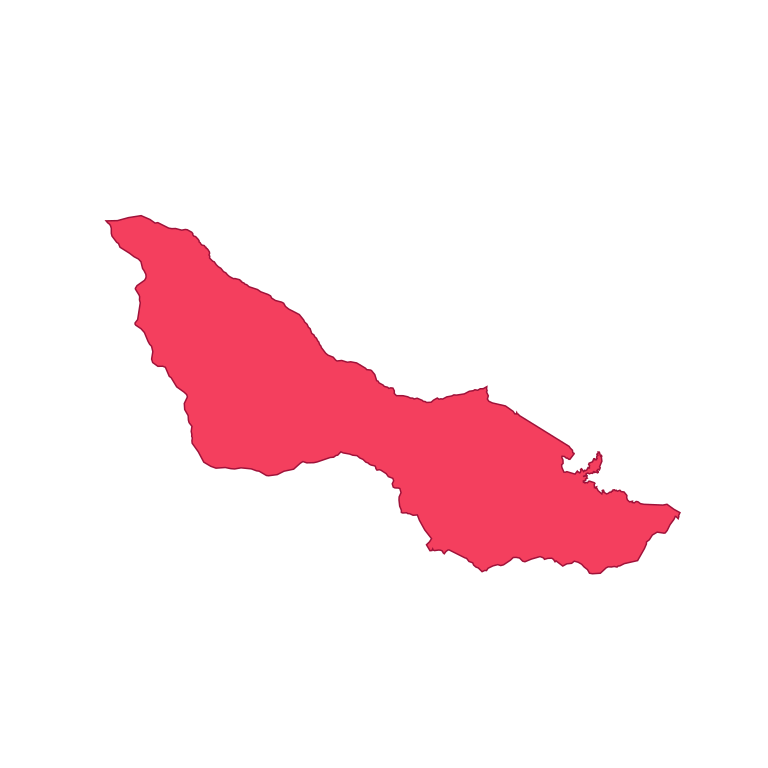 Secaria, Prahova, Romania, rotated 331°
{"feature_id": "2599482B18206693786846", "entity_name": "Secaria", "entity_type": "district", "adm_level": 2, "iso_a3": "ROU", "parent_name": "Romania", "parent_adm1": "Prahova", "projection": "robinson", "projection_center": [25.677, 45.313], "detail": "fine", "context": "isolated", "style": "filled", "palette": "rose", "viewbox_px": 768, "rotation_deg": 331, "n_neighbors": 0, "source": "geoboundaries", "source_scale": "gbopen_adm2", "svg_char_len": 6171}
<svg xmlns="http://www.w3.org/2000/svg" viewBox="0 0 768 768"><g transform="rotate(331 384 384)"><path d="M576.0,644.4L577.6,642.9L577.8,642.0L580.5,640.0L576.8,634.1L573.2,626.4L569.2,625.1L553.1,615.3L550.3,613.0L549.0,610.1L547.6,609.0L545.3,609.3L543.7,608.0L544.5,607.0L541.6,606.1L540.7,603.4L541.1,601.2L542.4,599.2L541.6,594.8L539.3,593.1L538.8,591.3L536.1,590.9L535.5,589.4L534.5,589.4L534.2,588.2L532.8,587.7L531.9,588.6L530.8,588.1L530.1,588.8L528.8,588.0L527.2,588.4L525.3,588.0L524.1,585.6L524.5,583.3L524.1,583.0L523.2,583.0L522.7,584.9L521.8,585.0L521.2,585.7L519.5,581.0L519.6,578.3L518.8,577.8L519.9,577.0L517.9,576.6L519.1,573.9L520.3,573.1L520.0,572.2L516.8,568.7L515.8,568.3L514.1,569.1L512.6,567.8L511.8,568.1L511.6,566.9L510.8,566.7L511.3,565.5L513.8,565.9L514.3,564.8L516.1,564.9L515.9,564.3L517.1,562.7L513.2,561.4L516.1,561.7L517.1,561.2L517.4,560.4L519.1,560.7L520.0,562.1L522.0,562.4L522.9,563.2L523.8,562.9L524.9,563.3L524.6,562.4L525.1,562.3L525.8,563.5L526.9,563.9L527.3,564.7L527.8,564.5L527.9,565.2L528.6,565.1L528.9,564.5L528.4,562.9L530.0,562.4L530.7,563.6L532.5,562.1L532.4,560.9L537.1,557.2L538.9,552.8L539.5,552.7L539.5,551.8L538.5,551.9L539.3,548.0L538.6,547.5L538.7,548.7L537.7,548.0L536.3,548.6L536.5,549.5L536.0,549.3L535.9,550.2L535.1,550.4L534.4,551.3L534.2,552.6L533.0,552.5L532.9,553.1L531.7,552.5L531.9,551.4L531.2,551.1L528.7,553.1L525.0,552.7L523.9,553.7L524.3,554.9L523.1,556.4L523.0,557.6L522.6,556.4L522.0,556.6L521.8,556.1L519.5,557.6L518.0,557.4L517.8,556.8L516.2,557.4L515.7,553.9L514.5,554.0L514.2,555.3L512.6,556.6L511.8,556.4L511.5,555.2L510.8,554.9L510.8,553.9L507.4,555.4L501.4,549.3L499.8,549.1L498.6,548.3L499.2,542.8L500.3,540.7L502.1,540.3L503.7,537.2L503.9,534.4L504.7,533.5L506.6,534.8L507.5,537.2L508.4,537.6L509.2,539.5L510.1,540.0L516.5,537.2L516.6,536.7L515.8,535.6L516.7,533.3L515.8,530.1L515.7,528.4L487.2,477.4L486.7,475.3L486.0,474.8L486.2,473.4L485.2,474.3L483.9,473.5L483.7,470.6L479.6,462.1L469.6,453.1L467.3,449.9L467.1,447.3L469.5,444.9L469.8,440.6L470.9,439.9L471.4,437.9L472.6,436.2L468.5,436.2L465.8,434.8L462.9,434.9L460.7,433.1L458.7,433.1L455.1,431.7L449.5,431.6L442.1,428.9L439.8,427.4L437.4,427.3L432.7,425.7L428.0,425.6L426.5,424.5L424.7,424.0L423.8,422.1L419.5,422.1L416.4,422.8L412.3,420.8L411.4,419.2L410.0,418.3L409.5,416.8L406.1,412.5L403.1,411.7L402.3,410.3L400.2,409.0L398.6,406.7L395.0,403.5L389.2,400.2L388.4,397.3L389.7,395.0L389.8,391.9L388.0,390.6L386.1,390.2L385.6,388.6L383.1,386.3L382.7,384.5L380.2,380.6L380.2,378.7L379.2,377.5L380.5,371.3L379.6,366.2L378.9,365.2L375.8,363.0L375.5,361.3L370.3,352.3L365.6,348.4L362.5,347.2L358.4,342.9L354.1,341.1L353.3,339.7L352.6,336.0L349.0,331.6L347.9,328.8L346.9,321.9L347.2,319.9L346.8,318.3L347.3,315.6L346.9,314.0L347.1,311.2L346.3,309.1L346.5,307.2L345.3,304.7L346.2,299.8L345.4,297.6L345.7,294.5L344.6,291.2L344.8,289.1L343.6,282.2L337.0,272.3L335.4,268.4L335.4,264.7L334.2,262.8L329.5,258.3L327.4,254.4L327.5,252.0L326.2,249.8L320.9,243.6L319.2,240.1L313.1,233.5L312.1,230.6L310.8,229.3L310.5,227.8L309.1,226.2L309.2,225.0L308.5,224.3L308.4,222.9L304.9,219.6L303.3,218.8L300.9,215.0L300.0,212.6L299.6,210.2L298.1,207.9L297.4,203.7L295.9,201.1L295.1,198.3L294.8,194.9L293.7,193.5L292.5,189.3L293.6,187.7L293.5,186.3L294.8,185.2L295.3,183.9L295.2,181.4L294.9,179.8L294.3,179.2L294.6,178.2L294.1,177.6L293.9,175.8L292.1,174.2L291.7,172.7L291.7,171.2L291.2,170.1L291.7,169.1L291.6,167.4L290.7,163.8L289.2,162.2L289.2,160.5L289.7,159.7L289.4,158.0L286.7,153.7L285.1,152.5L281.7,151.4L277.0,146.9L273.8,145.3L271.3,143.3L264.4,133.2L261.8,132.3L259.1,126.7L253.2,119.0L241.2,114.6L230.1,111.9L220.0,106.6L220.5,109.1L221.5,111.4L221.5,113.1L221.0,115.5L218.5,120.1L217.8,122.8L218.9,130.5L219.9,132.4L219.4,136.4L224.9,146.4L227.1,151.5L229.8,155.6L230.7,159.2L228.8,166.1L229.1,168.3L228.9,172.6L228.0,174.7L227.0,175.9L224.9,177.2L215.7,178.2L212.9,179.8L212.6,180.5L212.9,187.7L212.6,189.2L210.9,191.9L210.2,194.8L199.8,208.2L195.9,209.9L195.3,210.9L195.4,212.2L198.3,217.9L199.4,222.8L198.3,232.3L198.3,235.6L199.0,238.3L197.5,243.6L192.8,249.6L192.1,253.1L194.8,258.9L199.1,261.2L200.9,263.4L199.9,273.2L200.9,275.3L201.3,286.0L205.1,294.0L206.3,297.6L205.8,300.0L199.9,304.2L197.3,309.7L197.4,316.7L195.4,320.8L194.8,323.3L195.5,327.9L192.4,332.0L191.5,334.9L190.4,336.6L190.3,338.1L188.5,340.5L187.5,342.8L188.7,353.3L188.5,365.0L192.6,372.0L196.2,376.1L204.7,380.1L209.0,383.8L212.2,385.9L218.3,388.0L226.8,393.9L230.4,398.1L232.5,399.7L236.8,407.0L238.6,408.3L246.7,411.5L254.3,411.8L263.7,414.7L272.3,412.7L275.5,412.5L278.2,415.5L284.5,418.8L287.9,419.8L301.3,422.2L304.5,423.6L307.3,423.2L309.0,423.8L313.4,422.4L314.8,424.4L320.1,428.7L322.1,431.1L325.7,433.6L327.0,437.0L329.1,439.8L330.2,443.5L331.9,445.5L332.3,447.0L333.4,448.6L336.3,451.2L336.4,452.4L335.9,454.1L336.1,455.9L338.4,456.7L339.5,457.9L342.5,463.5L342.9,467.1L346.0,470.8L345.5,473.4L342.8,475.3L342.1,478.7L343.2,480.2L346.2,482.0L347.2,483.1L346.2,487.3L342.5,490.1L340.9,492.7L338.5,498.4L338.0,502.7L336.9,504.8L337.9,505.9L341.4,507.6L341.9,508.8L343.6,509.9L345.8,512.9L349.7,514.7L348.9,520.4L348.9,531.4L350.6,542.3L347.3,544.1L343.2,545.2L343.4,552.1L345.2,552.9L346.6,551.9L346.4,553.0L347.4,554.2L351.3,555.7L352.9,556.8L354.0,558.3L353.9,560.4L354.4,561.7L357.1,560.5L359.5,560.2L360.6,560.8L370.5,575.3L371.7,576.5L372.3,580.4L374.9,583.4L374.6,585.8L375.6,588.6L377.3,590.6L378.8,595.7L381.7,595.9L383.2,596.9L385.7,595.6L391.1,595.9L395.9,597.1L398.1,599.4L400.9,600.1L409.1,599.4L412.9,598.4L415.5,599.7L418.2,601.9L419.4,606.2L421.1,607.8L428.1,608.6L436.8,610.6L438.8,612.9L439.4,614.2L439.3,615.1L442.7,615.9L446.3,617.7L447.2,619.6L447.4,622.4L448.7,622.1L452.1,629.9L456.7,629.9L461.2,631.8L464.5,631.2L467.4,634.0L469.5,637.5L470.3,641.0L472.0,645.0L472.0,649.1L474.3,651.0L481.5,654.4L489.2,652.5L491.5,652.6L494.2,654.3L496.9,655.2L499.1,657.1L500.6,656.7L502.1,657.4L507.1,657.6L520.2,661.4L532.0,654.2L535.9,651.2L537.0,649.4L540.5,648.9L545.5,646.2L551.1,646.0L556.6,650.2L557.8,650.6L560.7,649.4L566.0,645.7L571.9,643.0L574.6,641.0L575.2,641.6L576.0,644.4Z" fill="#f43f5e" stroke="#9f1239" stroke-width="1.5"/></g></svg>